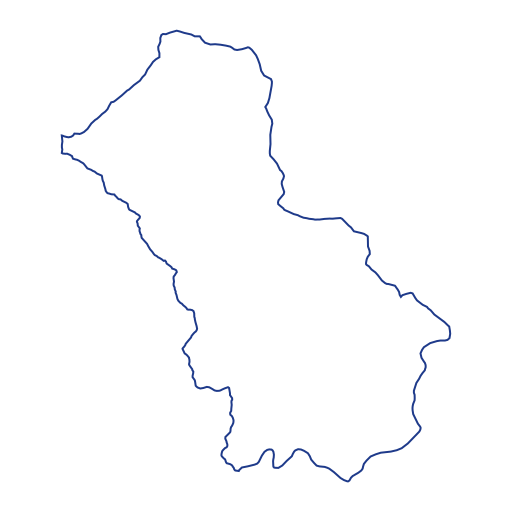 Bjoka, Shemgang, Bhutan
{"feature_id": "84629894B39816356167412", "entity_name": "Bjoka", "entity_type": "district", "adm_level": 2, "iso_a3": "BTN", "parent_name": "Bhutan", "parent_adm1": "Shemgang", "projection": "natural_earth1", "projection_center": [91.071, 26.964], "detail": "fine", "context": "isolated", "style": "outline", "palette": "blue", "viewbox_px": 512, "rotation_deg": 0, "n_neighbors": 0, "source": "geoboundaries", "source_scale": "gbopen_adm2", "svg_char_len": 6031}
<svg xmlns="http://www.w3.org/2000/svg" viewBox="0 0 512 512"><path d="M61.8,135.5L62.4,141.5L61.9,144.9L61.9,147.4L62.3,149.5L61.8,153.0L62.7,153.5L65.2,153.8L67.1,153.7L69.8,154.8L71.1,155.6L72.1,156.2L72.3,157.1L73.0,158.7L75.3,159.4L77.1,159.8L79.2,160.8L80.6,161.8L83.1,163.2L83.9,164.0L87.4,168.4L91.1,169.8L93.0,171.0L94.6,171.6L96.9,173.5L101.7,175.6L102.0,176.4L102.4,179.1L102.8,180.8L103.7,182.6L104.2,185.4L105.4,189.2L105.7,190.8L106.9,192.6L107.9,193.3L109.4,193.6L110.4,194.0L111.6,194.3L114.4,194.5L114.9,195.3L115.5,196.0L116.4,196.8L117.3,197.9L118.2,198.8L118.9,199.2L120.6,199.4L122.2,200.8L126.3,202.8L127.7,204.0L128.1,206.8L128.9,209.0L129.5,209.8L134.9,212.4L135.9,213.5L138.1,214.7L139.2,215.5L139.9,216.5L139.8,217.4L139.6,218.1L138.1,219.7L137.0,221.1L136.9,221.8L137.6,223.4L137.8,225.7L139.8,228.4L139.5,229.9L139.6,231.4L140.0,232.3L140.4,233.9L141.3,235.1L141.4,236.6L141.7,237.9L147.1,243.9L148.1,245.9L150.1,249.3L152.3,251.8L153.9,254.1L154.8,255.1L156.7,256.0L158.2,257.4L159.1,257.7L161.6,259.2L163.2,260.5L163.8,260.9L164.9,260.5L166.0,261.6L166.3,262.7L166.7,263.6L170.1,266.0L171.5,267.2L172.2,268.6L174.5,269.3L176.1,270.2L176.6,271.2L176.8,272.1L176.0,273.2L174.8,275.2L173.7,276.5L173.5,278.1L174.0,281.6L173.6,283.7L173.6,285.0L173.9,286.1L174.6,287.4L174.8,289.4L175.7,291.5L175.6,292.7L176.5,295.0L177.4,298.9L178.3,300.7L180.4,302.9L181.9,303.7L183.3,305.3L185.3,306.9L186.4,308.0L187.3,309.4L188.4,309.7L190.3,309.7L192.1,310.1L193.5,311.1L194.2,313.3L194.3,316.9L194.7,317.9L194.9,319.6L195.5,322.3L196.6,326.1L197.1,328.8L196.6,330.3L195.8,331.5L194.6,332.4L193.3,333.8L191.6,335.9L191.0,337.5L185.7,343.8L185.4,344.8L184.4,346.4L182.8,348.2L182.5,348.8L184.7,353.5L185.6,354.0L187.1,355.3L189.0,357.6L189.1,358.6L189.4,359.5L189.5,361.9L189.1,363.8L189.1,364.7L189.9,366.0L192.2,369.2L192.4,370.3L193.3,371.5L193.2,373.1L192.6,375.8L192.6,377.2L194.0,379.1L194.8,380.3L195.1,381.7L195.7,385.7L196.3,386.4L197.6,387.5L200.3,388.5L203.3,388.0L206.8,386.9L209.3,387.3L212.5,389.1L214.5,390.4L216.6,390.9L219.1,390.8L220.5,390.4L222.4,389.4L224.9,388.3L228.0,387.2L229.1,388.0L230.0,393.3L230.0,395.1L232.1,398.1L232.2,399.8L231.6,400.5L231.4,401.9L231.7,404.9L231.3,408.8L231.2,410.9L230.5,412.1L230.1,413.0L230.3,414.7L231.9,416.1L232.8,417.8L233.5,420.1L233.5,421.3L233.3,422.9L232.7,424.4L232.0,425.8L231.1,427.1L230.6,428.7L230.5,430.7L230.3,431.9L229.8,432.6L225.4,437.0L225.3,438.7L226.5,441.4L226.6,442.3L227.3,444.2L227.4,445.3L227.2,446.4L226.6,447.3L225.0,448.1L223.2,449.9L222.5,450.7L222.1,451.5L221.6,453.5L221.4,455.1L221.6,455.9L222.1,456.6L223.8,458.4L225.0,459.3L225.3,459.9L225.8,461.6L226.1,462.3L226.7,463.2L230.0,464.1L231.6,465.0L232.4,465.8L232.7,466.6L233.3,467.2L233.8,468.0L234.0,468.8L234.7,470.0L235.3,470.5L238.8,471.0L239.1,470.2L241.9,467.5L247.9,466.3L254.7,464.6L257.2,463.6L258.8,461.9L261.9,455.6L264.5,451.8L267.2,449.9L269.3,449.4L271.6,449.6L272.6,450.4L273.4,451.8L273.9,454.7L273.7,457.6L273.3,459.4L273.1,461.2L273.3,465.5L273.4,466.7L274.2,467.6L275.6,467.8L278.4,467.9L282.3,465.5L286.7,460.9L291.8,456.3L292.9,453.8L294.2,451.5L295.3,450.4L298.1,449.2L301.0,449.5L304.0,450.8L307.9,453.2L309.8,456.2L311.2,459.6L314.0,462.9L316.6,465.6L319.5,466.4L324.7,466.9L327.4,467.8L329.3,468.7L333.9,472.1L340.5,478.0L344.0,480.1L347.2,481.3L348.3,481.3L349.5,480.4L351.0,477.7L352.7,476.0L358.4,472.7L361.3,470.5L362.6,468.7L363.1,466.5L363.9,463.9L366.5,460.6L370.6,456.5L375.8,454.3L380.8,452.7L390.8,451.6L396.8,450.2L401.7,448.2L407.8,443.5L419.3,431.6L420.1,430.1L420.5,428.9L420.6,427.7L420.2,426.7L417.9,423.7L413.2,414.1L412.6,410.3L412.5,408.0L412.7,406.0L413.2,403.8L414.6,400.3L414.7,398.0L414.6,394.8L413.9,392.8L413.9,390.7L416.4,382.9L419.1,378.8L420.6,375.8L422.4,373.2L424.8,370.3L425.1,368.9L425.6,367.6L425.7,366.0L425.5,364.6L424.8,362.7L424.2,362.0L421.5,357.8L420.5,353.4L422.1,349.8L423.9,347.2L430.2,343.1L436.9,341.1L440.6,340.5L445.1,340.5L447.5,339.9L449.5,338.1L450.2,333.8L449.9,330.5L449.2,326.5L448.2,325.7L444.4,322.0L434.3,314.5L430.7,310.3L428.1,308.4L427.0,306.9L422.7,304.8L417.0,300.4L415.3,298.0L412.6,293.4L410.6,292.8L406.3,293.9L402.4,295.2L400.9,296.9L399.7,294.9L399.1,292.0L397.8,289.7L396.0,287.2L395.5,286.4L394.9,285.7L388.4,284.0L386.7,283.9L385.1,283.1L381.9,280.5L377.9,275.2L375.4,272.4L371.5,269.5L368.9,266.3L366.6,264.9L366.0,264.0L366.1,262.3L366.7,259.3L367.8,256.7L369.8,254.1L369.6,250.9L368.0,246.5L367.8,236.4L367.0,235.7L364.1,233.9L361.5,233.1L353.9,231.3L351.0,227.4L348.6,225.5L342.1,218.8L340.4,218.0L335.4,218.4L332.6,218.7L329.5,218.6L324.6,218.9L319.9,219.5L315.0,219.6L313.1,219.2L309.2,218.8L306.8,218.2L303.5,217.7L299.7,216.2L297.9,215.2L293.8,214.1L287.5,211.2L285.3,210.3L284.1,209.6L283.4,208.4L279.9,205.6L278.2,204.1L278.0,202.3L278.5,200.3L283.7,194.1L284.2,191.9L282.5,186.9L281.7,183.9L281.9,181.4L283.4,178.5L284.0,176.1L283.6,174.8L282.8,173.1L281.4,171.0L280.1,170.1L277.0,163.6L273.6,159.3L270.2,155.7L269.8,153.3L269.8,151.0L270.5,144.1L270.3,134.8L271.5,126.8L272.3,123.7L271.8,119.7L269.1,115.3L267.3,111.5L266.2,108.6L265.3,107.0L267.9,103.0L269.4,98.1L271.6,86.0L271.9,83.1L271.9,81.5L271.0,79.1L264.1,75.5L261.2,70.8L259.7,64.2L257.8,59.0L256.1,55.3L251.8,49.8L249.3,47.7L247.9,47.3L246.0,48.0L241.9,49.2L237.1,50.0L234.4,49.5L231.9,47.6L230.2,46.6L225.8,45.6L220.4,44.7L215.1,44.2L210.4,44.5L205.0,42.7L201.7,39.2L200.6,37.4L199.8,36.3L194.7,36.3L191.3,34.5L184.2,32.9L179.9,31.5L176.7,30.7L170.0,32.6L165.9,34.2L163.0,34.0L161.4,35.0L160.3,38.0L160.4,41.6L159.6,43.9L158.2,46.8L158.4,49.9L159.4,53.1L159.4,57.2L155.9,59.3L153.0,61.9L150.8,65.2L147.4,69.6L145.1,74.5L142.4,77.2L139.9,80.7L133.9,85.1L129.1,89.5L127.1,90.6L121.7,95.5L115.6,100.4L113.6,101.8L111.2,102.3L109.2,105.7L107.5,109.2L105.3,111.6L102.1,114.0L99.5,116.6L97.0,118.8L95.2,119.9L91.3,123.5L87.6,128.8L84.0,132.0L81.3,133.4L79.5,134.0L78.6,133.8L74.4,133.6L73.1,135.5L71.3,136.7L68.6,137.3L66.7,137.0L64.0,136.3L62.7,135.7L61.8,135.5Z" fill="none" stroke="#1e3a8a" stroke-width="2"/></svg>